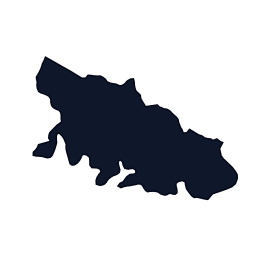 Pirapó, Rio Grande do Sul, Brazil (orthographic projection), rotated 169°
{"feature_id": "56859067B57075431460973", "entity_name": "Pirapó", "entity_type": "district", "adm_level": 2, "iso_a3": "BRA", "parent_name": "Brazil", "parent_adm1": "Rio Grande do Sul", "projection": "orthographic", "projection_center": [-55.227, -28.076], "detail": "fine", "context": "isolated", "style": "filled", "palette": "ink", "viewbox_px": 256, "rotation_deg": 169, "n_neighbors": 0, "source": "geoboundaries", "source_scale": "gbopen_adm2", "svg_char_len": 2763}
<svg xmlns="http://www.w3.org/2000/svg" viewBox="0 0 256 256"><g transform="rotate(169 128 128)"><path d="M218.9,128.7L220.8,125.9L222.6,124.2L225.5,122.3L226.2,119.3L223.5,118.1L221.0,117.5L218.1,116.7L215.2,115.3L212.9,114.2L210.0,114.1L207.7,115.6L206.5,117.4L205.2,119.3L203.9,121.4L202.3,124.4L200.9,127.3L200.6,130.4L199.9,134.0L198.3,136.3L196.1,135.7L194.1,132.7L192.9,129.9L192.3,127.0L191.7,123.7L192.4,121.3L192.7,118.8L192.6,115.7L192.1,110.1L191.9,106.7L191.6,103.9L189.9,102.3L187.5,102.1L184.4,103.4L181.9,105.4L180.3,107.2L178.5,109.9L176.6,110.8L173.6,109.4L171.3,106.6L171.6,103.3L172.4,98.9L171.0,96.0L168.1,95.3L165.8,94.7L163.2,93.0L162.8,90.0L165.3,88.0L167.8,85.3L169.3,82.5L169.8,78.9L166.7,77.2L164.4,77.0L161.9,77.5L159.8,78.9L157.6,81.3L154.4,83.1L151.5,84.1L149.4,84.4L147.1,84.9L145.0,86.2L144.0,88.5L144.3,91.7L144.4,94.8L143.5,97.7L141.3,98.0L139.8,95.7L139.8,92.6L138.8,89.1L135.6,87.6L133.2,87.7L130.7,87.4L128.6,85.4L128.6,82.8L130.4,81.5L132.3,81.7L134.9,82.0L138.4,80.4L143.0,76.1L146.4,75.2L148.9,73.0L146.3,70.8L143.6,71.3L139.6,71.4L137.0,71.1L134.8,71.2L132.0,71.1L128.7,71.3L126.1,70.5L124.6,68.6L123.8,66.0L122.5,63.2L120.9,61.7L118.8,61.7L115.5,61.3L112.4,60.3L110.6,59.4L108.5,57.2L106.5,56.0L104.5,55.1L102.4,55.2L100.2,56.0L98.2,55.6L96.3,54.5L94.2,54.0L92.3,55.1L91.8,58.5L92.0,61.8L91.5,64.5L89.1,65.8L85.2,66.1L82.2,64.6L82.3,60.9L82.1,57.2L80.8,54.2L79.8,52.2L78.4,49.4L76.3,47.2L73.6,47.0L70.3,45.6L67.1,44.1L63.3,42.7L57.4,47.4L50.1,48.3L42.4,49.5L37.5,50.5L33.3,52.8L30.4,57.5L29.8,61.3L30.7,64.3L33.2,69.4L40.6,79.9L41.9,82.9L42.1,90.3L37.8,95.6L39.9,96.9L42.9,100.3L45.2,99.8L47.3,99.7L48.8,101.4L51.6,102.2L54.5,103.5L57.1,106.2L59.8,107.6L67.9,114.9L71.2,112.0L74.8,112.6L75.3,115.8L76.4,118.8L76.9,121.5L77.3,124.1L77.3,127.0L78.8,129.8L80.6,132.0L82.0,134.0L83.7,136.8L86.3,139.0L89.1,139.9L91.3,141.5L93.4,142.8L94.8,145.0L106.8,145.6L107.8,148.6L108.8,151.0L109.9,154.5L109.7,157.9L111.2,160.1L113.1,162.6L113.6,165.5L113.6,168.5L113.2,172.1L113.3,175.2L115.8,175.5L118.4,174.8L120.3,173.9L122.4,172.1L124.5,171.2L126.7,170.7L128.8,171.4L131.4,173.3L134.1,174.2L137.0,175.4L139.8,177.4L140.9,180.1L142.8,182.3L145.3,184.3L147.7,184.6L149.7,185.1L152.7,186.0L155.2,186.9L157.3,187.3L160.1,184.9L164.0,185.8L173.2,194.2L195.5,213.3L197.6,209.9L199.7,207.3L200.7,205.3L202.4,202.4L204.5,199.6L206.3,197.5L208.1,195.6L208.4,193.2L208.2,190.6L209.1,187.7L209.4,184.4L208.7,181.0L207.1,179.4L204.7,178.1L202.2,176.5L199.6,174.4L198.2,171.2L198.8,167.8L198.6,164.5L197.3,162.2L194.9,160.2L192.3,158.6L191.0,156.0L191.1,152.9L191.7,150.3L192.0,146.6L197.2,144.2L199.3,142.7L201.7,141.1L205.6,138.3L206.9,136.1L207.7,133.2L206.5,129.7L218.9,128.7Z" fill="#0f172a" stroke="#020617" stroke-width="1.5"/></g></svg>